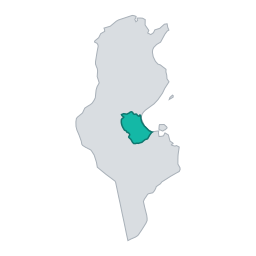 Gabès on a map of Tunisia (Natural Earth projection)
{"feature_id": "TUN-111", "entity_name": "Gabès", "entity_type": "Governorate", "adm_level": 1, "iso_a3": "TUN", "parent_name": "Tunisia", "parent_adm1": "", "projection": "natural_earth1", "projection_center": [9.729, 33.79], "detail": "fine", "context": "in_parent", "style": "filled", "palette": "teal", "viewbox_px": 256, "rotation_deg": 0, "n_neighbors": 0, "source": "natural_earth", "source_scale": "10m", "svg_char_len": 3929}
<svg xmlns="http://www.w3.org/2000/svg" viewBox="0 0 256 256"><path d="M179.2,147.0L179.1,147.8L178.2,153.8L178.0,156.0L177.9,159.7L177.9,164.1L180.0,167.8L180.1,169.5L179.3,171.4L175.5,173.5L170.6,176.3L166.4,179.0L161.8,181.9L160.4,183.8L158.1,185.3L156.2,186.7L155.8,188.1L154.5,190.7L152.7,192.8L148.3,193.8L147.5,194.5L145.5,197.6L144.5,198.9L143.4,201.5L144.9,208.2L146.7,215.2L147.1,218.1L147.1,220.5L146.0,223.1L143.7,226.8L142.0,229.5L138.7,234.4L137.7,235.6L135.4,237.1L131.0,239.0L127.9,240.6L126.3,233.2L125.0,226.8L123.9,221.5L121.9,212.2L120.3,204.3L118.6,196.5L117.1,189.3L115.6,182.2L115.0,181.1L110.5,177.7L106.3,174.6L102.0,171.1L97.3,167.2L96.5,162.4L94.2,155.1L91.6,151.0L90.7,149.9L85.6,147.3L82.6,145.4L81.8,144.2L81.3,141.3L79.2,135.4L76.9,130.0L76.0,126.4L75.9,121.8L76.4,118.5L77.5,117.1L82.5,113.0L84.8,108.1L87.7,106.2L90.1,104.8L92.1,103.2L93.9,100.6L95.3,97.8L95.6,94.8L96.1,90.0L97.1,86.7L99.2,82.9L98.3,79.9L97.2,76.6L97.6,71.0L97.3,68.7L96.4,66.6L95.5,64.0L95.5,61.8L96.4,56.1L97.1,51.8L98.2,46.1L97.8,44.5L97.0,43.3L94.6,42.1L94.6,41.3L95.2,40.5L98.7,37.7L100.7,33.7L102.2,32.8L104.7,31.4L104.6,29.8L104.0,28.1L110.3,26.2L116.3,21.2L118.4,20.0L132.3,15.4L134.1,15.7L136.1,16.4L135.6,18.1L134.8,19.4L135.9,21.8L137.6,20.4L137.2,19.4L137.1,18.1L139.9,18.0L142.5,18.2L145.2,19.6L145.1,25.0L148.8,30.4L147.7,33.0L150.8,34.6L153.5,32.7L154.8,29.9L159.8,28.3L164.4,24.2L167.1,23.8L167.7,27.2L168.9,30.1L167.2,31.1L164.9,34.2L160.6,42.1L156.6,44.5L153.7,47.5L152.7,49.7L152.4,52.2L153.2,56.7L155.4,61.3L157.9,64.1L160.3,64.9L166.0,69.3L165.9,71.9L166.7,75.0L167.0,78.8L169.0,81.8L164.8,88.3L162.5,93.1L158.0,99.6L154.1,103.8L145.5,110.1L143.4,112.2L142.0,114.4L141.4,116.6L141.6,119.3L144.4,125.8L148.2,129.7L152.0,131.8L158.7,130.9L158.5,133.4L159.0,136.5L161.7,136.3L163.5,135.8L165.0,132.9L168.3,134.9L170.0,141.1L172.8,143.0L173.1,143.7L172.1,144.1L171.4,144.9L172.2,145.4L174.9,146.1L176.5,145.6L179.2,147.0ZM165.0,129.9L164.3,130.0L163.1,130.9L162.4,131.0L160.5,130.0L159.8,130.0L158.9,129.3L159.2,125.6L159.5,124.6L164.1,124.5L166.5,126.7L166.9,127.2L167.1,127.9L165.9,129.1L165.0,129.9ZM173.1,97.2L169.2,99.5L169.9,97.5L172.5,95.1L173.2,95.7L173.1,97.2Z" fill="#d9dde1" stroke="#a8b0b8" stroke-width="1"/><path d="M140.6,115.6L140.7,116.2L140.8,116.8L140.8,118.2L140.9,118.7L141.3,120.0L141.3,120.6L141.6,121.6L142.2,122.8L144.5,126.3L144.8,126.5L145.1,126.7L148.8,130.5L149.8,131.1L151.8,132.0L152.2,132.1L151.6,132.5L150.0,134.6L149.8,134.9L149.7,135.1L148.3,137.5L147.7,138.6L147.5,138.8L147.4,138.9L145.7,139.4L144.8,139.8L141.9,142.3L141.6,142.4L139.7,142.9L138.9,143.2L138.7,143.3L138.3,143.3L136.8,143.2L136.4,143.3L135.3,143.6L135.0,143.6L134.8,143.6L134.1,143.5L133.7,143.5L132.6,142.4L132.3,141.9L131.2,139.9L130.9,139.4L128.9,137.5L128.8,137.3L128.7,137.1L128.7,136.8L128.8,136.6L129.4,135.5L129.5,135.4L129.7,134.9L129.7,134.7L129.7,134.4L129.6,134.2L129.4,133.8L128.2,132.5L128.0,132.4L127.9,132.4L127.5,132.5L127.3,132.5L127.2,132.4L126.9,132.2L126.5,131.4L126.3,131.1L126.2,131.0L126.0,130.8L125.7,130.7L124.6,130.2L124.4,130.0L124.3,129.9L122.9,127.5L122.2,126.0L121.8,124.9L121.5,123.7L121.3,122.3L121.3,120.9L121.4,119.6L121.5,119.4L121.6,119.2L121.8,119.0L122.3,118.5L123.2,117.8L123.7,117.4L123.8,117.2L123.7,116.9L122.5,116.1L122.4,116.0L121.9,115.5L121.7,115.1L121.5,114.6L123.1,113.9L123.6,113.7L126.5,114.1L126.8,114.1L127.0,114.1L128.1,113.5L128.5,113.3L129.0,113.1L129.8,112.4L130.1,112.2L131.1,111.8L131.4,111.8L131.6,111.8L131.8,111.9L132.3,112.2L132.6,112.4L132.7,112.5L132.8,112.7L132.9,112.9L133.0,113.2L133.3,113.7L133.5,113.9L133.7,114.0L134.2,114.2L134.5,114.3L135.2,114.2L135.6,114.1L135.8,114.1L136.3,114.1L136.5,114.2L136.7,114.3L136.9,114.6L137.2,115.1L137.6,115.4L138.1,115.8L138.5,116.1L139.1,116.1L139.3,116.1L139.5,116.1L139.6,115.9L139.6,115.4L139.7,115.1L139.8,115.0L140.0,115.0L140.6,115.6Z" fill="#14b8a6" stroke="#0f766e" stroke-width="1.5"/></svg>